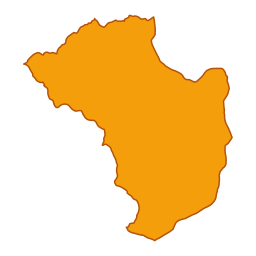 outline of San Miguel, Santander, Colombia
{"feature_id": "7082276B16360663879170", "entity_name": "San Miguel", "entity_type": "district", "adm_level": 2, "iso_a3": "COL", "parent_name": "Colombia", "parent_adm1": "Santander", "projection": "albers", "projection_center": [-72.659, 6.563], "detail": "fine", "context": "isolated", "style": "filled", "palette": "amber", "viewbox_px": 256, "rotation_deg": 0, "n_neighbors": 0, "source": "geoboundaries", "source_scale": "gbopen_adm2", "svg_char_len": 5672}
<svg xmlns="http://www.w3.org/2000/svg" viewBox="0 0 256 256"><path d="M154.7,240.6L157.1,239.0L159.4,238.0L165.1,234.4L168.1,232.8L172.0,230.1L173.2,229.0L173.5,228.0L175.6,223.2L177.0,221.6L179.1,220.3L181.2,219.6L182.4,219.2L185.4,218.5L187.8,217.2L192.6,214.8L195.5,213.7L197.7,212.5L201.4,210.0L204.2,208.2L207.3,206.8L210.3,205.1L212.2,203.5L214.4,200.9L215.7,198.5L216.4,194.3L217.2,191.6L217.4,189.6L218.7,186.7L219.0,184.5L219.4,180.0L219.4,178.0L219.4,177.2L219.1,176.0L219.2,175.1L220.2,171.6L223.0,168.0L224.3,167.0L225.4,165.4L226.0,163.9L226.1,160.3L226.0,157.4L225.1,152.1L225.0,146.5L225.2,145.8L226.4,144.5L227.9,143.7L231.3,138.9L232.1,137.2L231.7,136.7L230.2,132.3L229.0,129.8L228.6,128.6L227.5,126.6L225.6,122.6L225.0,120.3L224.6,118.2L224.6,115.3L224.5,114.5L224.3,113.7L224.2,112.8L224.2,111.8L224.4,110.6L224.2,108.8L223.9,106.6L223.5,100.9L226.8,95.8L227.8,93.9L229.2,88.4L228.5,85.0L227.3,81.5L227.1,80.0L227.4,78.3L227.3,76.6L226.2,75.5L225.7,74.8L225.6,73.9L225.2,72.4L224.3,70.9L223.4,69.6L222.5,68.8L221.6,68.5L219.8,68.4L212.6,68.5L210.6,68.9L208.4,69.7L206.5,70.8L204.3,73.3L203.4,74.9L201.9,76.6L200.0,78.5L197.2,81.0L195.7,81.9L194.1,81.9L192.4,81.2L190.7,80.3L189.2,79.7L186.2,79.5L184.6,78.6L183.7,77.4L182.7,75.7L181.4,74.2L180.1,73.3L178.1,72.2L175.3,70.9L172.6,70.0L170.3,68.9L165.5,66.0L164.0,64.4L160.5,61.6L159.7,60.5L159.1,58.7L158.4,57.1L157.4,55.5L155.1,50.9L152.8,46.0L152.0,44.1L151.5,42.0L151.3,40.2L151.7,39.5L154.3,36.1L155.1,34.5L155.1,32.3L155.3,30.4L155.1,28.0L154.5,22.0L154.0,18.7L153.6,17.1L152.5,17.6L150.3,19.3L148.1,20.5L147.3,20.5L146.8,20.1L145.8,18.9L145.1,18.6L144.2,18.7L143.3,19.0L142.2,19.1L140.9,18.8L140.2,18.5L139.5,18.0L139.2,17.5L138.5,17.1L136.9,16.4L136.0,16.1L134.9,16.0L133.2,16.4L132.5,16.3L131.5,16.0L130.8,15.6L129.9,15.4L129.4,15.4L129.2,15.6L128.9,16.6L128.5,17.4L126.7,18.4L125.9,18.6L125.3,18.9L124.6,19.5L124.5,20.3L124.5,21.0L124.3,21.2L123.5,20.8L123.0,20.6L122.0,21.1L121.3,21.2L117.5,21.1L116.9,20.9L116.3,20.3L115.8,20.2L115.3,20.3L112.6,21.7L111.5,22.2L110.5,22.4L109.2,22.6L108.6,22.8L106.9,24.3L105.7,25.9L104.6,26.9L103.7,27.1L101.8,26.4L100.8,25.8L99.8,25.2L99.0,24.2L97.7,21.9L97.2,21.2L94.7,18.8L94.6,19.2L94.3,19.7L93.7,20.2L92.2,20.9L91.7,21.5L91.4,21.9L91.3,22.6L91.0,22.9L90.6,23.2L88.9,23.0L88.4,23.2L88.1,23.6L88.0,24.0L87.6,24.4L86.7,24.6L85.3,24.7L84.7,24.9L84.3,25.2L83.7,25.9L81.7,26.6L80.9,27.1L80.0,28.0L79.1,29.5L78.6,30.2L78.1,31.5L77.8,31.9L77.1,32.8L76.6,33.1L75.9,33.1L74.5,32.7L73.6,32.6L73.3,32.8L72.5,33.6L71.4,34.2L70.5,34.9L68.4,36.4L67.3,37.6L66.0,39.8L65.9,40.5L65.9,41.7L65.5,42.9L64.9,43.7L64.2,44.2L63.3,44.5L62.5,44.7L62.0,45.0L61.0,46.1L60.8,46.6L60.4,46.9L59.0,48.0L58.7,48.4L58.3,49.2L57.6,50.3L57.3,51.1L57.0,53.1L56.7,53.7L56.3,53.8L55.6,53.5L55.0,53.1L53.4,52.7L52.4,52.6L51.7,52.7L50.8,53.2L50.2,53.3L47.1,52.2L46.5,52.2L45.9,52.3L45.0,52.7L44.5,53.0L43.9,53.6L43.4,54.7L43.3,54.9L43.1,54.9L42.6,54.8L41.9,54.5L41.3,54.1L39.9,53.2L39.0,52.8L38.1,52.7L37.3,52.7L36.6,53.0L33.7,54.4L32.2,55.7L30.5,57.3L29.5,58.3L28.8,59.2L27.9,60.1L27.7,60.4L27.6,61.4L27.3,62.0L26.5,62.7L25.5,63.1L24.8,63.5L24.2,63.7L24.0,63.8L23.9,64.0L24.8,64.2L26.5,65.0L27.2,65.3L28.3,66.3L29.2,67.7L30.0,69.4L30.4,69.9L31.0,71.1L32.6,73.7L32.7,74.5L32.8,75.6L33.1,76.3L33.7,76.9L34.4,77.4L34.7,77.8L35.5,78.8L35.6,79.2L36.6,80.4L37.2,80.9L37.8,81.3L39.3,82.1L40.6,82.5L41.0,82.5L42.1,82.5L42.4,82.2L42.5,82.2L42.9,82.4L43.1,82.6L44.1,84.3L44.6,85.3L44.6,85.7L44.2,85.8L44.9,86.6L45.9,87.1L46.6,87.5L47.4,88.6L47.8,89.8L47.9,90.8L47.9,93.7L48.2,95.0L48.4,95.8L49.3,98.0L49.7,98.6L50.1,99.1L50.7,99.4L51.8,99.8L52.7,100.4L53.0,100.8L53.5,102.1L53.6,102.7L54.0,104.2L54.5,105.3L55.3,106.5L55.8,107.1L56.3,107.4L57.1,107.6L58.0,107.3L58.6,107.0L60.6,105.3L62.4,104.4L63.4,104.2L64.2,104.1L65.2,104.1L66.0,104.2L66.8,104.3L67.7,104.8L69.1,105.7L69.6,106.3L70.0,106.9L70.7,107.7L72.3,109.4L74.1,110.5L75.0,110.9L75.9,111.1L80.0,110.5L80.6,110.6L81.1,110.7L81.7,111.5L82.1,112.1L82.7,113.3L83.1,114.5L84.8,117.1L85.5,118.0L86.4,118.7L87.3,119.4L88.3,119.8L89.5,120.1L90.7,120.3L93.4,120.3L94.4,120.7L95.7,121.7L96.1,122.3L97.3,124.7L98.3,126.1L98.7,126.5L99.4,127.0L101.0,128.0L102.2,128.7L103.0,129.1L103.8,129.4L104.2,129.4L104.5,130.4L104.8,132.3L104.8,133.0L105.0,133.7L105.0,135.5L104.1,137.5L103.8,138.7L103.8,139.7L104.0,140.6L103.9,141.4L103.3,142.5L103.0,143.4L102.6,144.4L102.4,145.1L102.6,145.3L103.0,145.3L104.3,144.5L105.1,144.2L105.6,144.2L106.3,144.4L109.7,146.7L110.7,148.1L110.9,148.4L111.4,150.3L113.0,153.3L113.4,154.8L113.8,155.7L114.2,156.4L115.1,158.3L115.9,159.9L116.1,160.6L116.2,161.5L116.6,163.2L117.2,164.3L117.4,165.1L117.4,166.0L116.8,167.9L116.7,168.6L116.6,171.0L116.9,173.1L117.4,174.7L117.4,176.2L117.3,176.8L116.3,178.8L115.5,179.9L115.2,180.5L114.8,180.8L114.7,181.1L114.7,182.0L114.8,182.8L115.1,183.5L115.9,185.0L116.5,185.4L117.0,185.7L117.8,185.8L119.7,186.4L121.7,187.3L123.2,188.3L125.0,189.4L125.6,189.9L126.5,190.5L127.1,191.1L127.2,191.9L127.2,192.6L127.3,193.1L128.8,194.4L131.2,195.9L133.4,198.7L133.8,199.1L134.9,199.5L136.2,200.1L136.6,200.5L137.3,201.4L138.3,203.7L138.7,204.9L139.1,207.1L139.1,208.5L139.0,209.7L138.3,212.5L138.0,213.3L137.1,214.7L136.8,215.4L136.7,215.8L136.8,217.0L136.4,218.3L136.0,219.1L134.6,221.4L134.1,222.8L133.8,223.0L131.5,223.3L130.0,223.6L129.4,224.5L128.7,226.2L128.3,226.8L127.5,227.1L126.4,227.3L126.4,227.5L126.8,227.9L127.6,229.7L127.9,230.2L128.3,230.7L129.5,231.6L130.6,232.1L131.6,232.6L135.1,233.5L141.3,235.1L142.3,235.1L143.6,235.4L144.1,235.7L145.5,236.6L148.0,238.0L150.6,238.7L153.0,239.6L154.1,240.2L154.4,240.4L154.7,240.6Z" fill="#f59e0b" stroke="#b45309" stroke-width="1.5"/></svg>